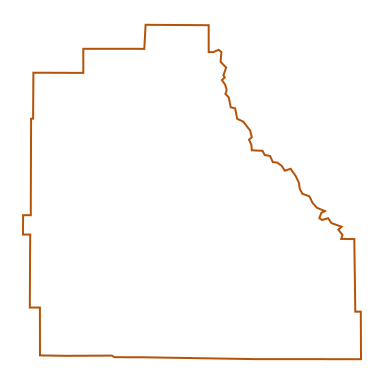 Sublette, Wyoming, United States of America
{"feature_id": "52423323B90413410102798", "entity_name": "Sublette", "entity_type": "district", "adm_level": 2, "iso_a3": "USA", "parent_name": "United States of America", "parent_adm1": "Wyoming", "projection": "equal_earth", "projection_center": [-109.734, 42.864], "detail": "fine", "context": "isolated", "style": "outline", "palette": "amber", "viewbox_px": 384, "rotation_deg": 0, "n_neighbors": 0, "source": "geoboundaries", "source_scale": "gbopen_adm2", "svg_char_len": 1011}
<svg xmlns="http://www.w3.org/2000/svg" viewBox="0 0 384 384"><path d="M33.3,88.4L33.1,118.6L31.1,118.7L30.8,197.5L30.8,215.2L23.1,215.2L23.0,234.5L30.2,234.5L29.8,307.5L39.9,307.5L40.0,355.4L65.0,355.8L111.8,355.6L114.4,357.2L144.6,357.3L254.0,359.1L361.0,359.2L360.8,311.7L355.3,311.7L354.3,239.1L341.2,238.9L342.5,235.0L338.3,229.6L341.6,226.8L331.5,223.1L328.1,218.2L322.0,220.0L319.3,218.1L321.4,212.8L324.9,211.1L317.0,207.8L312.4,202.6L309.4,196.3L302.4,193.8L299.8,189.0L298.9,182.8L295.7,176.0L290.6,168.8L284.8,170.7L281.9,166.1L277.4,162.6L272.8,162.1L270.1,156.0L264.7,155.0L262.5,150.8L251.8,150.3L251.4,144.9L249.0,139.7L251.8,137.1L250.1,130.5L243.4,121.7L237.2,118.8L235.1,108.3L230.7,107.3L228.8,97.4L225.4,93.9L226.7,90.2L225.2,84.7L221.9,80.1L224.8,77.4L223.4,75.4L226.2,67.6L220.6,61.9L221.4,52.1L218.6,49.8L213.3,52.1L208.7,52.1L208.7,34.3L208.7,25.2L145.6,24.8L144.3,48.9L137.6,48.8L125.4,48.8L83.3,48.8L83.3,72.9L33.4,72.7L33.3,88.4Z" fill="none" stroke="#b45309" stroke-width="2"/></svg>